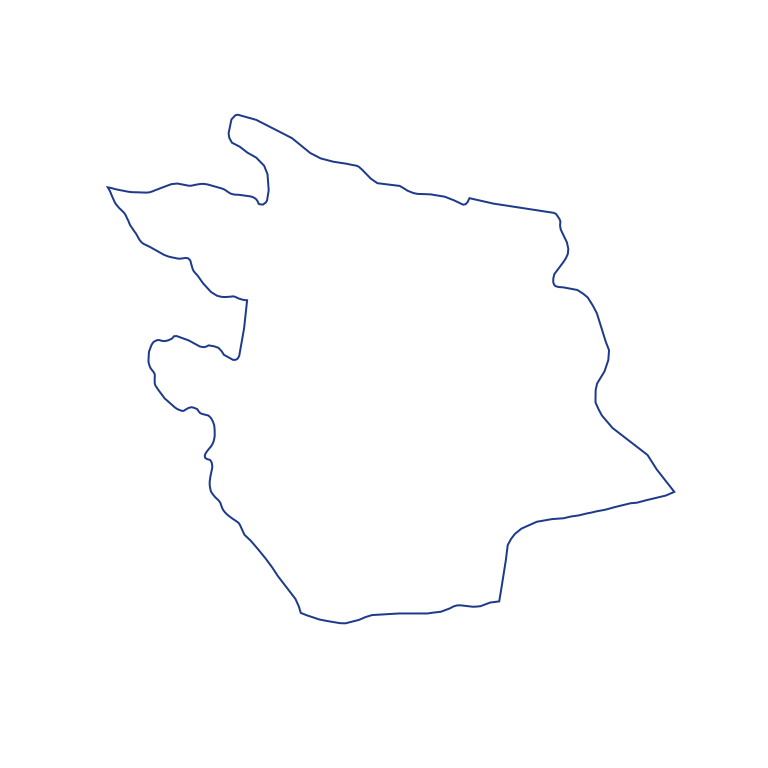 the district of El Palmar, Retalhuleu, Guatemala, rotated 99°
{"feature_id": "79465075B16576514502159", "entity_name": "El Palmar", "entity_type": "district", "adm_level": 2, "iso_a3": "GTM", "parent_name": "Guatemala", "parent_adm1": "Retalhuleu", "projection": "albers", "projection_center": [-91.616, 14.698], "detail": "fine", "context": "isolated", "style": "outline", "palette": "blue", "viewbox_px": 768, "rotation_deg": 99, "n_neighbors": 0, "source": "geoboundaries", "source_scale": "gbopen_adm2", "svg_char_len": 4110}
<svg xmlns="http://www.w3.org/2000/svg" viewBox="0 0 768 768"><g transform="rotate(99 384 384)"><path d="M580.7,236.2L565.3,236.1L538.8,236.1L523.7,236.6L517.0,234.2L511.5,231.2L505.3,225.6L496.2,211.6L491.2,197.1L488.5,185.6L485.7,178.8L483.4,171.3L480.0,163.1L478.8,159.7L476.3,153.6L474.0,147.0L472.7,143.8L469.8,137.5L463.2,121.8L461.7,115.7L457.6,106.4L450.1,88.2L445.1,80.4L434.9,91.4L425.7,101.3L412.9,112.6L391.7,151.4L381.1,163.8L376.0,167.7L369.2,172.2L364.1,173.0L356.8,174.0L350.2,173.6L337.1,168.2L325.3,166.2L315.4,167.0L307.9,171.4L280.9,184.8L274.0,189.9L266.7,196.3L263.6,201.5L260.9,207.7L260.5,222.0L260.9,226.7L260.5,230.1L258.9,231.8L256.8,232.8L253.1,233.3L248.7,232.9L236.5,226.4L231.6,224.1L226.8,222.8L221.7,223.1L215.5,225.5L203.8,233.6L200.0,234.9L195.9,235.2L193.6,236.5L191.3,238.6L189.2,240.6L188.4,243.0L188.7,304.0L187.1,328.7L191.0,329.8L193.7,331.5L194.5,334.0L191.6,343.7L189.5,353.3L189.4,367.8L190.5,376.6L191.0,380.4L190.8,384.9L189.4,391.0L187.5,395.3L185.9,399.5L186.7,422.0L183.2,429.2L176.0,438.8L173.3,443.0L172.7,445.3L172.6,449.8L172.3,455.5L172.4,468.6L171.1,481.8L167.4,493.0L155.6,513.3L143.1,551.5L140.9,570.5L141.8,572.8L146.4,576.0L149.1,576.2L160.8,576.7L165.1,575.3L169.4,572.0L172.3,563.4L176.9,555.0L180.4,545.6L187.2,536.5L195.0,531.9L210.6,528.2L220.8,528.2L223.3,529.2L225.7,531.6L225.9,534.0L225.7,535.9L222.8,537.8L221.2,539.6L220.0,542.4L219.6,545.1L219.8,556.0L219.9,557.7L220.2,559.8L220.3,562.3L220.0,565.0L219.3,566.8L218.6,568.4L217.3,571.1L216.5,573.4L216.2,575.3L214.9,586.0L214.6,588.3L214.5,590.2L214.5,592.0L214.7,594.6L215.2,596.7L216.1,599.6L217.5,603.3L218.5,606.1L218.7,608.6L218.3,619.3L219.8,625.1L221.0,627.3L223.8,632.3L228.6,640.6L229.6,642.2L231.2,645.2L231.7,646.8L232.1,648.4L233.5,659.5L233.9,662.3L234.1,666.0L233.8,675.4L233.6,679.7L233.3,682.1L233.0,685.2L233.0,687.6L236.0,685.1L237.7,684.0L240.4,682.4L246.1,678.7L248.0,677.2L251.4,673.4L254.4,669.1L255.8,667.2L258.2,665.2L260.7,663.6L262.7,662.1L265.1,660.7L267.3,659.2L268.8,657.7L270.0,656.6L272.0,654.8L274.2,652.5L279.7,648.2L281.8,645.9L283.1,643.7L284.6,638.7L285.1,637.0L286.0,634.6L290.8,621.6L291.8,617.1L292.1,613.1L292.2,610.1L292.4,607.3L292.2,605.4L291.3,602.1L290.5,599.8L290.5,597.1L292.2,594.7L296.7,592.7L300.3,591.0L302.1,589.8L303.9,587.8L306.4,584.7L311.5,579.8L312.9,578.4L320.3,569.1L322.9,562.8L323.3,559.1L323.2,556.3L322.9,554.3L322.1,550.6L321.0,546.6L321.2,544.7L321.7,542.8L322.3,540.9L322.8,537.3L322.9,535.4L322.7,532.3L350.9,530.9L378.9,531.4L381.8,532.5L383.3,534.3L383.8,536.8L380.2,546.7L377.0,549.5L374.1,553.3L373.3,558.2L373.3,563.3L374.6,565.0L375.8,567.4L375.8,571.6L371.5,583.7L369.1,596.2L369.6,598.8L372.4,600.6L374.6,603.9L375.6,606.3L376.1,608.3L376.1,610.2L375.8,612.4L376.0,614.6L377.9,617.5L379.2,618.6L382.0,619.8L389.0,621.2L392.8,620.8L394.6,620.6L397.0,620.4L399.9,619.8L403.1,618.2L404.8,617.1L406.1,615.8L408.0,613.7L409.8,612.2L411.4,611.7L414.1,611.4L417.9,610.8L419.7,610.4L421.7,609.2L425.8,605.3L432.6,598.3L439.6,587.3L441.0,584.5L442.1,580.1L441.9,577.7L440.6,576.3L438.3,573.4L437.1,570.8L437.1,568.6L438.0,564.6L439.9,562.9L441.4,561.1L442.0,559.2L442.4,554.9L442.5,552.9L443.3,551.4L444.9,549.4L447.7,547.2L451.2,545.3L455.8,544.1L459.9,543.4L461.7,543.1L465.0,543.1L467.9,543.4L469.5,543.8L472.5,545.0L476.2,547.2L479.2,548.8L480.9,549.5L482.7,549.8L484.7,549.3L485.8,547.2L486.2,543.9L488.3,542.0L492.1,540.7L493.7,540.6L496.9,540.7L502.3,541.0L507.6,540.9L511.3,540.3L515.5,538.9L517.8,537.7L520.0,535.5L522.4,532.8L523.9,530.5L525.3,528.6L527.1,526.9L529.2,525.9L531.5,524.6L533.7,523.1L535.8,520.8L538.0,517.7L540.4,513.2L542.6,508.4L544.0,505.8L545.5,504.4L554.8,498.2L559.5,491.3L566.0,483.6L569.1,480.1L575.2,473.3L582.7,465.7L590.4,458.7L610.2,437.8L617.1,433.3L623.1,430.4L624.5,424.2L626.7,411.0L627.0,402.4L627.1,389.9L626.4,384.6L620.9,371.8L617.1,365.8L614.1,359.7L608.2,332.8L603.8,305.0L602.0,299.3L600.1,292.3L595.3,283.8L592.9,280.7L591.2,277.1L590.6,273.5L590.1,261.3L589.3,257.5L588.3,253.8L586.1,250.0L583.2,244.8L580.7,236.2Z" fill="none" stroke="#1e3a8a" stroke-width="2"/></g></svg>